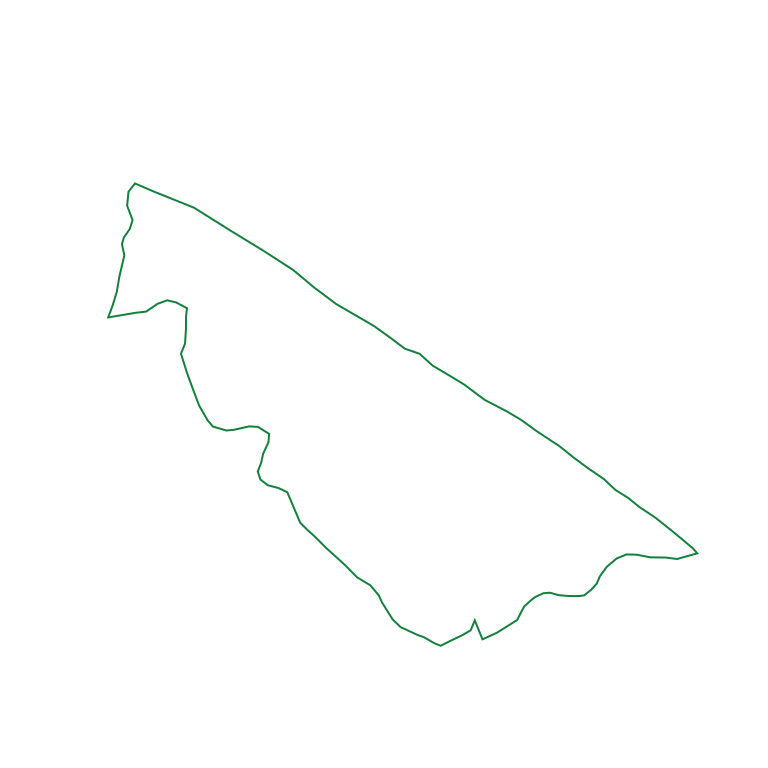 outline of Khachmaz District, Xaçmaz, Azerbaijan, rotated 340°
{"feature_id": "54616110B89497242950609", "entity_name": "Khachmaz District", "entity_type": "district", "adm_level": 2, "iso_a3": "AZE", "parent_name": "Azerbaijan", "parent_adm1": "Xaçmaz", "projection": "mercator", "projection_center": [48.762, 41.595], "detail": "fine", "context": "isolated", "style": "outline", "palette": "green", "viewbox_px": 768, "rotation_deg": 340, "n_neighbors": 0, "source": "geoboundaries", "source_scale": "gbopen_adm2", "svg_char_len": 1582}
<svg xmlns="http://www.w3.org/2000/svg" viewBox="0 0 768 768"><g transform="rotate(340 384 384)"><path d="M619.5,650.2L620.4,650.3L618.2,644.3L604.8,621.2L593.2,602.3L581.8,586.8L574.3,574.3L565.3,562.8L558.2,548.7L546.7,532.6L537.1,518.1L527.2,501.8L521.8,494.7L510.9,479.9L500.7,464.8L490.0,451.7L473.2,433.4L459.5,412.4L450.4,401.0L435.9,383.2L427.8,367.8L415.6,357.9L405.8,342.8L394.5,326.2L366.5,292.6L351.2,269.2L337.8,246.0L317.0,218.5L292.7,188.0L265.8,153.4L234.0,124.9L218.6,110.4L209.7,115.9L203.6,128.6L203.8,144.0L198.1,151.4L189.7,157.3L185.6,162.9L184.0,174.3L172.0,192.7L164.3,206.2L155.6,217.7L147.6,227.1L149.8,227.5L174.8,232.1L185.3,234.6L198.7,231.2L208.8,231.2L216.5,236.2L224.8,245.4L221.2,252.5L216.9,264.1L210.9,277.9L203.6,286.1L202.7,305.6L202.7,322.3L202.9,340.9L205.8,357.7L208.7,365.5L220.0,373.8L227.2,375.7L242.7,377.7L250.9,381.2L259.0,391.6L255.5,399.2L246.5,408.3L241.8,415.8L235.5,423.0L235.2,431.6L240.3,439.5L249.2,445.6L256.1,452.6L257.8,485.7L261.8,494.3L266.2,502.6L267.4,505.0L273.6,518.4L278.9,528.4L285.3,540.5L292.6,556.5L302.3,568.5L306.8,580.8L307.4,588.5L311.6,608.1L316.4,618.1L329.6,631.2L335.2,635.9L342.2,644.3L347.7,649.4L357.4,648.2L371.1,646.9L381.2,645.1L388.5,637.2L389.2,657.6L389.4,657.6L404.8,656.4L428.4,651.3L435.1,645.1L439.6,641.0L448.0,637.6L453.0,635.9L462.2,635.1L468.6,636.9L475.8,642.1L484.8,646.3L494.5,649.9L499.8,651.1L508.1,648.3L515.7,644.3L521.0,638.6L530.8,632.0L543.0,627.5L553.6,627.1L562.8,630.7L575.1,638.0L589.5,643.5L599.6,648.7L619.5,650.2Z" fill="none" stroke="#15803d" stroke-width="2"/></g></svg>